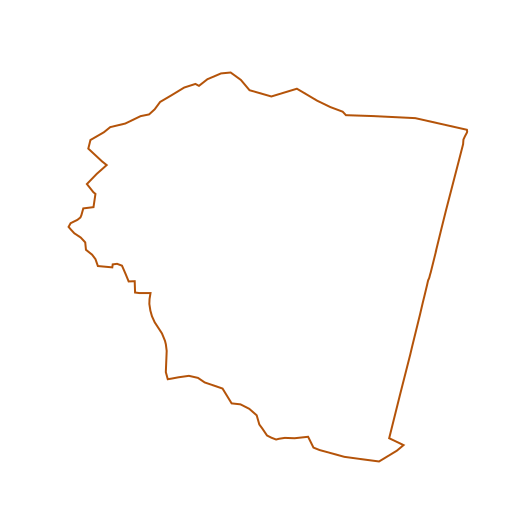 Shagamu, Ogun, Nigeria (Natural Earth projection), rotated 284°
{"feature_id": "59680162B49213136576829", "entity_name": "Shagamu", "entity_type": "district", "adm_level": 2, "iso_a3": "NGA", "parent_name": "Nigeria", "parent_adm1": "Ogun", "projection": "natural_earth1", "projection_center": [3.559, 6.792], "detail": "fine", "context": "isolated", "style": "outline", "palette": "amber", "viewbox_px": 512, "rotation_deg": 284, "n_neighbors": 0, "source": "geoboundaries", "source_scale": "gbopen_adm2", "svg_char_len": 1675}
<svg xmlns="http://www.w3.org/2000/svg" viewBox="0 0 512 512"><g transform="rotate(284 256 256)"><path d="M284.9,74.5L278.6,82.7L277.4,85.2L264.1,86.5L260.4,76.9L253.4,76.7L250.9,76.3L247.9,74.0L243.0,68.2L238.9,67.1L236.7,70.2L234.1,74.2L231.5,81.5L227.9,87.0L220.9,89.5L217.6,96.7L214.1,101.0L208.0,105.0L210.2,119.3L213.2,119.0L214.8,123.1L214.2,128.3L206.9,133.9L200.5,138.6L202.2,144.4L191.3,147.5L191.8,151.7L194.5,162.6L188.5,163.1L183.7,164.1L177.5,166.7L172.4,169.6L167.1,173.8L162.3,179.0L158.1,183.5L151.7,188.2L148.5,189.9L142.3,192.3L121.5,196.6L115.1,200.2L116.6,203.7L119.5,210.0L123.5,219.9L123.7,229.2L120.9,236.8L119.3,255.6L107.1,268.0L108.3,276.8L106.1,286.4L101.6,295.2L93.3,300.0L90.0,304.0L84.5,310.1L83.4,315.0L82.8,319.9L84.3,322.7L86.5,328.0L88.5,337.5L93.2,350.3L84.0,358.1L83.1,364.6L82.5,390.3L84.2,406.0L86.4,425.1L101.2,439.8L108.2,444.9L111.4,429.3L141.5,429.3L152.9,429.3L157.4,429.3L177.3,429.4L197.6,429.5L205.7,429.4L205.8,429.4L236.9,429.3L237.2,429.3L238.2,429.3L251.6,429.1L257.3,429.1L269.1,429.0L273.3,428.9L274.9,429.0L275.4,429.2L276.2,429.3L277.2,429.4L280.1,429.4L282.2,429.5L304.3,429.5L304.3,429.4L327.5,429.3L346.5,429.3L400.0,429.8L414.6,429.9L419.2,429.1L422.8,429.8L426.8,430.8L427.8,430.8L429.5,430.1L428.3,377.2L420.1,335.8L414.4,309.2L417.0,305.2L418.5,292.0L421.5,277.7L424.8,266.7L428.2,255.2L414.5,232.3L415.3,209.6L423.2,198.7L427.9,187.0L424.7,177.9L415.8,166.1L407.3,159.5L408.3,155.6L402.1,145.6L391.1,134.7L382.3,125.7L373.8,122.2L367.5,118.0L363.8,110.2L352.9,97.1L345.8,83.4L339.3,78.5L328.5,67.3L319.6,67.3L310.5,83.8L308.1,89.1L297.3,81.7L284.9,74.5Z" fill="none" stroke="#b45309" stroke-width="2"/></g></svg>